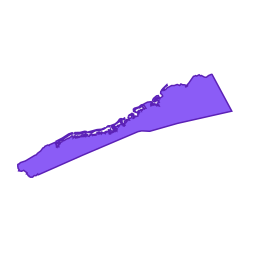 West Areare, Malaita, Solomon Islands, rotated 108°
{"feature_id": "97153195B24972598877483", "entity_name": "West Areare", "entity_type": "district", "adm_level": 2, "iso_a3": "SLB", "parent_name": "Solomon Islands", "parent_adm1": "Malaita", "projection": "natural_earth1", "projection_center": [161.183, -9.358], "detail": "fine", "context": "isolated", "style": "filled", "palette": "violet", "viewbox_px": 256, "rotation_deg": 108, "n_neighbors": 0, "source": "geoboundaries", "source_scale": "gbopen_adm2", "svg_char_len": 6063}
<svg xmlns="http://www.w3.org/2000/svg" viewBox="0 0 256 256"><g transform="rotate(108 128 128)"><path d="M51.1,64.6L51.2,65.3L53.2,67.6L55.6,69.2L56.0,70.8L55.4,74.5L56.0,75.4L55.4,76.8L57.4,78.8L57.3,80.0L58.2,80.8L58.6,81.7L66.9,84.2L68.4,85.0L69.5,84.4L70.7,85.3L71.4,86.3L69.6,85.2L69.4,87.3L70.0,89.6L69.8,91.3L71.6,92.0L71.4,94.7L73.3,97.1L74.1,99.6L78.0,103.4L79.7,104.0L80.2,105.2L80.8,105.0L80.8,105.6L81.6,106.3L81.3,106.8L81.2,106.3L80.5,106.5L77.1,105.2L75.5,103.8L74.7,104.4L79.9,107.1L83.3,108.1L85.2,107.6L85.4,106.6L86.6,105.1L87.3,104.9L89.5,106.6L89.3,107.7L87.8,109.2L88.6,110.8L92.0,112.9L94.0,113.2L95.1,112.2L95.0,110.8L93.0,111.4L91.5,110.9L90.0,109.6L90.3,108.1L89.9,107.1L90.4,106.9L90.5,108.4L91.7,110.1L94.0,110.5L94.3,110.3L93.8,109.6L92.7,109.5L92.2,107.1L92.6,107.0L93.0,108.1L93.4,106.9L93.9,107.1L94.2,106.4L95.4,107.8L96.6,106.8L96.5,106.0L97.4,105.2L97.4,106.9L97.9,107.4L96.9,107.9L97.7,109.0L97.6,109.5L96.8,109.4L96.7,109.9L96.9,110.5L97.6,110.0L98.2,110.6L97.6,111.1L98.1,111.4L97.7,112.2L98.6,112.0L97.5,112.8L99.2,112.2L99.7,112.9L98.8,113.0L99.0,113.5L98.4,113.8L97.4,113.6L97.3,114.1L96.8,112.3L95.8,114.0L97.4,117.5L100.2,120.3L101.6,120.6L101.6,119.6L103.6,117.2L103.8,117.9L104.8,118.2L104.4,119.3L104.7,119.6L105.6,119.6L106.2,120.6L106.7,120.0L107.0,120.2L107.0,120.8L107.3,120.7L106.7,121.5L107.5,121.9L108.0,123.1L109.3,122.9L109.4,122.0L110.2,122.5L111.1,122.1L111.6,123.0L113.5,122.3L114.4,123.5L114.2,124.3L117.1,125.6L117.3,126.2L115.9,126.4L115.0,125.7L114.1,126.2L113.9,126.7L114.5,126.9L115.0,128.8L116.1,128.0L117.7,128.3L118.5,129.4L118.1,130.3L118.7,129.9L119.2,130.3L120.1,129.2L120.6,131.3L121.3,131.1L121.3,131.9L122.5,130.9L121.4,133.0L122.0,132.9L122.8,133.5L123.6,133.0L123.7,131.8L124.2,132.2L123.8,133.1L124.3,133.1L124.7,132.3L125.9,132.6L126.3,131.7L127.4,132.2L127.4,133.1L126.7,133.1L126.7,134.5L125.3,133.9L125.2,134.8L123.5,135.9L124.0,136.4L124.7,135.5L126.0,135.6L128.5,137.5L128.7,137.0L129.8,137.4L129.3,138.1L128.8,137.4L128.4,138.3L128.9,138.8L129.7,138.5L130.9,140.0L130.5,140.8L131.8,142.3L131.4,143.1L132.0,143.8L132.5,143.1L131.6,141.7L131.9,140.6L131.4,139.5L132.0,140.1L132.0,140.9L133.0,141.8L132.1,138.2L134.4,137.7L133.9,139.0L134.3,141.5L134.9,141.3L134.5,139.3L134.9,139.3L134.6,139.8L134.9,140.0L135.1,138.5L135.5,140.5L136.2,141.1L135.9,142.3L137.3,142.3L136.6,141.8L136.3,140.5L137.2,141.3L137.5,142.6L136.8,143.4L138.2,142.6L139.0,142.7L139.3,143.5L138.8,143.7L139.0,144.2L137.5,144.1L138.4,145.3L137.0,144.5L136.1,145.0L135.4,143.8L134.7,144.4L135.6,144.5L135.8,145.9L136.4,145.6L138.6,146.9L138.1,147.6L138.9,147.8L138.4,148.1L138.9,148.6L139.9,148.2L139.6,148.8L140.4,149.1L140.1,150.0L140.5,150.8L142.0,151.5L141.4,152.0L140.0,151.7L140.0,152.0L142.4,153.2L142.7,153.9L140.7,154.0L141.3,155.1L142.0,155.1L142.1,156.0L143.2,155.6L144.7,158.2L145.0,157.1L145.7,158.8L145.4,159.1L146.0,159.5L145.5,160.0L145.8,161.1L146.2,161.3L145.7,162.0L148.0,162.4L148.1,163.3L147.3,164.5L149.1,165.4L148.4,166.0L148.7,166.4L148.4,166.8L147.8,166.5L147.5,167.0L148.5,168.7L148.8,167.2L149.3,166.6L149.6,166.9L151.1,171.0L151.7,171.2L152.2,172.1L151.5,172.0L151.4,171.3L151.1,171.1L150.8,170.5L150.3,170.7L151.2,172.5L151.2,173.8L151.8,174.3L152.8,173.4L153.2,173.6L153.0,174.8L153.6,175.0L152.8,176.2L154.3,177.0L153.5,177.2L153.4,178.4L154.3,180.0L156.3,181.1L156.1,181.7L159.9,185.1L160.7,186.6L161.8,186.7L163.4,189.2L163.7,187.1L164.3,189.0L164.8,187.7L164.9,188.5L166.1,188.8L167.2,188.0L167.5,188.8L167.0,189.3L168.4,189.5L168.1,190.3L167.0,190.3L166.3,191.2L165.7,191.0L164.5,193.3L168.5,197.8L169.0,197.7L169.0,199.1L171.1,201.4L172.5,201.8L173.3,202.8L176.9,204.0L180.1,206.3L181.8,206.9L182.8,208.2L191.1,215.5L194.2,219.7L195.8,220.4L196.1,221.1L196.8,221.5L198.4,221.0L200.4,220.0L201.3,218.7L202.5,218.8L202.0,215.8L200.5,214.1L201.9,210.1L203.0,210.4L203.0,209.5L204.2,208.1L204.2,207.2L204.7,207.0L204.9,205.4L204.2,203.5L202.2,202.5L201.8,200.8L199.8,199.7L200.4,199.4L200.2,198.8L168.1,163.0L128.4,117.4L126.5,114.1L124.4,106.3L108.4,82.5L79.9,34.5L51.1,64.6ZM164.2,192.0L164.9,189.5L163.6,190.5L163.2,189.6L162.3,189.7L159.5,187.2L158.9,186.0L158.2,185.9L151.6,180.5L150.7,178.6L149.9,178.9L149.8,179.7L152.0,182.6L157.8,187.3L162.9,192.4L164.2,192.0ZM150.2,176.4L148.6,172.0L145.2,166.7L145.8,167.1L146.2,166.6L144.4,166.2L144.2,166.8L144.6,168.4L147.1,172.3L148.7,177.0L149.4,177.3L150.2,176.4ZM110.9,122.8L109.6,122.8L109.3,123.6L110.4,124.5L110.5,125.2L109.2,127.3L107.6,126.5L105.6,124.3L105.3,123.1L103.6,122.2L102.7,120.8L102.3,120.6L101.2,121.3L101.9,122.5L104.7,124.3L107.2,128.0L108.5,128.7L110.5,127.8L110.7,124.6L110.1,123.5L110.9,122.8ZM144.8,164.8L143.8,162.4L142.9,162.0L142.7,160.3L140.5,157.9L139.5,155.3L138.8,154.6L138.9,153.7L136.5,150.6L134.8,149.3L134.9,150.0L137.3,152.7L139.1,157.0L144.5,165.3L144.8,164.8ZM132.0,144.4L131.2,144.0L131.1,142.9L130.5,142.4L129.8,142.3L124.6,138.2L123.7,137.8L123.7,138.3L123.2,138.6L122.9,138.0L123.5,137.7L123.3,137.0L122.7,136.9L122.8,137.5L122.3,137.2L122.6,136.0L121.1,136.5L121.2,137.6L122.2,138.8L125.2,139.7L128.0,141.4L130.8,144.8L132.0,144.4ZM134.0,148.8L132.9,147.5L132.6,146.2L131.6,146.3L132.2,147.7L134.0,148.8ZM114.4,129.5L113.6,128.4L113.5,127.1L113.1,127.0L112.8,128.8L114.0,129.7L114.4,129.5ZM116.4,131.4L115.2,130.0L114.3,129.8L114.9,130.7L116.4,131.4ZM121.3,134.7L119.7,134.1L119.5,134.4L120.9,135.5L121.3,134.7ZM147.8,165.5L147.3,164.6L146.9,164.4L146.8,165.3L147.8,165.5ZM150.6,170.1L150.0,169.4L149.1,169.6L150.1,170.4L150.6,170.1ZM144.2,161.0L143.6,160.5L143.4,161.2L143.9,161.6L144.2,161.0ZM153.2,178.2L153.1,177.6L152.6,178.0L152.8,178.7L153.2,178.2ZM151.8,176.2L152.2,175.3L151.6,176.1L151.8,176.2ZM129.9,142.2L130.4,141.5L129.7,142.0L129.9,142.2ZM117.8,131.0L118.0,130.4L117.4,130.7L117.8,131.0ZM103.6,120.8L103.6,120.0L103.3,120.4L103.6,120.8ZM120.5,131.9L120.4,131.3L120.0,130.8L120.0,131.4L120.5,131.9ZM125.1,136.0L124.7,136.1L124.7,136.8L125.1,136.7L125.1,136.0ZM109.1,124.2L109.1,123.6L108.9,123.5L109.1,124.2Z" fill="#8b5cf6" stroke="#5b21b6" stroke-width="1.5"/></g></svg>